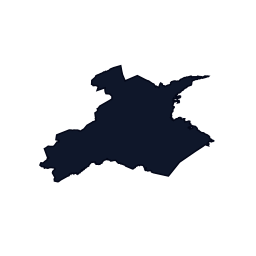 Ezernieku pag., Dagdas, Latvia, rotated 153°
{"feature_id": "27541924B52024011130433", "entity_name": "Ezernieku pag.", "entity_type": "district", "adm_level": 2, "iso_a3": "LVA", "parent_name": "Latvia", "parent_adm1": "Dagdas", "projection": "equal_earth", "projection_center": [27.647, 56.178], "detail": "fine", "context": "isolated", "style": "filled", "palette": "ink", "viewbox_px": 256, "rotation_deg": 153, "n_neighbors": 0, "source": "geoboundaries", "source_scale": "gbopen_adm2", "svg_char_len": 5814}
<svg xmlns="http://www.w3.org/2000/svg" viewBox="0 0 256 256"><g transform="rotate(153 128 128)"><path d="M215.1,112.1L214.2,111.8L211.7,112.3L203.5,112.6L202.5,112.3L201.6,112.7L201.7,112.9L201.1,113.4L200.5,113.5L200.2,113.3L199.7,113.3L199.6,112.9L199.1,113.3L198.6,113.2L197.7,112.4L197.2,112.4L197.1,111.9L196.8,112.2L196.1,111.7L194.4,111.3L194.3,110.5L194.4,110.3L193.7,110.1L193.7,109.7L193.1,109.9L192.8,109.8L191.8,110.3L191.0,110.0L190.4,110.5L188.8,110.7L188.9,110.8L188.4,110.9L188.7,111.2L188.0,111.3L188.0,111.6L187.3,111.5L187.4,111.2L187.0,111.4L186.4,111.0L186.1,111.1L186.0,111.4L185.8,111.3L185.7,111.6L185.4,111.5L185.2,111.6L185.3,111.7L185.0,111.8L184.6,111.7L184.4,112.1L183.7,111.6L182.5,112.1L180.3,112.0L179.4,113.0L176.1,114.1L175.5,113.9L175.1,113.5L172.8,112.9L172.8,112.5L173.2,112.1L173.2,111.6L172.7,111.4L172.9,110.5L172.6,110.4L172.7,110.1L171.1,109.3L170.9,109.0L170.2,108.8L169.5,108.4L168.9,108.8L167.0,108.7L166.8,109.2L165.9,109.5L165.3,110.0L164.7,109.9L163.8,110.2L161.5,109.7L161.2,110.1L160.7,109.9L160.4,110.1L160.2,109.9L160.2,109.2L160.5,109.1L160.4,108.8L159.3,108.3L159.2,108.0L158.7,107.7L158.5,106.7L158.2,106.8L157.4,106.0L157.1,106.2L156.6,106.0L153.9,105.0L153.4,104.3L153.3,103.1L152.9,102.4L152.7,101.4L152.3,100.8L150.5,100.0L150.7,99.5L150.1,99.3L149.9,98.7L149.2,98.4L149.2,98.1L147.4,96.1L147.4,95.3L142.5,89.5L141.8,89.3L140.8,89.6L139.5,89.6L139.3,90.0L137.9,90.3L137.0,90.1L136.1,90.4L135.2,90.3L135.0,89.4L134.4,89.3L133.6,89.5L132.9,89.2L132.8,88.8L131.6,87.9L131.4,87.1L131.5,84.7L130.0,84.3L130.3,83.8L130.7,83.8L131.0,83.4L131.8,83.2L131.6,82.8L131.8,82.5L131.5,82.1L130.8,82.0L129.9,80.8L127.7,80.1L127.1,79.7L126.8,79.2L127.0,78.2L125.7,76.7L113.8,66.9L97.6,74.2L78.8,76.7L69.3,77.7L66.9,78.2L64.4,75.8L64.4,76.6L64.1,76.8L63.5,76.6L63.1,77.4L63.3,77.7L63.8,77.7L63.9,78.1L64.2,78.5L63.1,78.7L62.3,79.3L61.8,78.9L60.3,79.0L60.1,78.7L60.3,78.1L60.2,77.9L59.0,77.9L58.5,77.5L57.5,77.6L57.8,78.3L58.8,79.3L58.9,80.1L59.6,80.7L59.9,82.0L59.4,82.9L59.6,83.3L59.6,84.2L60.0,84.7L60.3,85.6L62.1,87.7L62.8,89.3L64.7,90.6L65.8,92.7L66.1,93.8L67.0,94.5L67.0,95.3L66.5,96.3L67.2,98.7L69.8,100.8L69.9,100.1L70.3,99.6L70.2,98.7L71.3,98.5L72.3,98.9L73.2,98.7L73.2,99.1L72.4,99.8L73.7,100.3L74.2,100.8L74.0,101.1L72.9,101.2L72.5,100.8L71.3,100.5L70.5,100.7L70.0,101.1L70.1,101.5L70.8,102.2L70.4,103.2L71.1,103.7L70.8,103.9L70.8,104.6L70.1,105.4L69.9,105.9L70.6,106.5L73.1,107.0L74.5,107.6L74.2,108.7L74.4,109.0L74.4,109.3L73.3,110.5L74.3,111.0L76.6,111.5L76.8,112.0L76.5,112.2L76.6,112.5L76.2,112.7L76.5,112.9L76.4,113.4L77.2,113.9L78.4,114.2L79.2,113.7L80.1,113.9L80.5,114.2L81.9,114.2L82.9,113.9L84.1,114.0L84.2,114.7L84.8,115.0L84.8,115.3L83.4,115.3L84.5,115.8L84.4,116.2L84.8,116.4L84.4,116.7L84.8,117.2L84.5,117.3L84.5,117.5L84.9,117.5L85.0,117.6L84.8,117.7L85.2,118.1L83.6,119.0L83.9,119.7L83.5,120.0L83.7,120.3L82.8,121.0L82.8,121.3L82.1,122.0L80.6,122.4L79.2,124.7L77.6,125.3L77.3,125.8L77.4,126.2L77.9,126.7L78.6,126.9L77.9,126.9L77.9,127.2L78.2,127.6L78.9,127.6L78.2,127.8L77.7,128.5L76.7,128.8L76.0,129.9L75.1,130.2L74.9,130.6L74.6,130.7L74.6,130.3L73.9,129.9L73.2,129.9L71.7,129.5L71.1,128.4L71.6,128.5L72.3,127.9L71.3,127.8L71.1,127.5L70.8,127.6L70.8,128.0L70.1,128.6L70.1,129.2L70.4,129.2L71.1,129.8L72.0,130.1L73.3,130.4L73.9,131.5L74.9,131.4L75.4,131.8L74.6,133.4L74.0,133.7L74.1,133.2L73.0,133.2L72.2,132.6L71.4,132.7L71.0,132.0L71.3,131.4L71.1,131.2L70.5,131.3L69.7,131.8L68.2,131.4L67.1,131.8L66.8,132.6L67.8,133.4L69.4,133.5L69.9,133.7L70.1,134.1L70.7,133.9L70.8,134.3L71.5,134.5L71.3,135.0L70.4,135.6L69.2,135.4L68.7,135.6L68.5,136.1L67.4,136.4L66.3,136.0L64.7,136.2L63.3,137.0L62.0,136.7L60.9,137.4L59.8,137.4L58.8,137.7L57.9,137.5L55.6,138.1L52.2,137.6L51.4,138.3L50.6,139.7L49.2,140.9L47.0,140.6L46.0,140.7L44.1,139.9L43.2,140.2L42.7,139.8L41.5,139.3L40.6,139.4L39.7,139.2L39.3,138.7L35.7,137.9L33.7,137.7L33.0,137.3L32.7,137.4L33.3,137.7L33.1,137.9L33.2,138.0L34.8,138.7L35.8,139.4L38.4,139.3L39.0,140.2L40.2,140.6L40.4,141.1L41.3,141.5L42.3,142.5L43.0,142.4L43.0,142.1L47.0,144.2L48.1,144.0L48.0,145.2L48.3,145.6L51.6,146.2L52.7,146.8L53.8,146.7L54.9,147.3L57.6,147.2L59.0,147.4L61.6,146.6L62.8,147.4L63.9,147.6L64.5,148.4L65.5,148.9L68.2,149.4L69.3,149.0L69.3,148.8L69.7,148.6L70.2,147.6L70.6,147.4L73.3,148.1L76.4,148.1L76.5,148.2L76.4,148.9L77.7,150.0L78.0,150.8L77.5,151.6L78.4,152.7L78.4,153.2L79.1,153.0L82.3,150.1L84.0,152.6L84.9,152.2L85.1,155.4L86.3,156.8L88.3,160.6L89.0,161.1L90.4,162.8L95.9,170.4L109.2,171.3L108.7,178.0L107.7,181.9L106.2,186.8L113.4,188.2L117.0,188.5L118.6,187.9L119.6,188.1L121.4,188.0L122.4,188.7L123.3,188.4L124.2,188.9L126.0,188.6L127.3,188.8L130.9,188.9L131.1,189.1L133.0,189.0L134.1,188.0L138.6,186.9L140.6,183.4L139.9,182.7L139.8,181.6L137.2,180.5L135.8,178.6L136.5,177.4L138.5,175.5L130.2,174.3L131.2,172.5L131.9,170.5L132.0,168.6L128.9,166.7L127.8,163.6L129.1,161.2L131.1,160.9L143.3,160.3L145.5,159.1L146.7,159.1L146.7,157.9L147.9,156.7L150.6,156.4L151.9,152.8L151.9,152.0L152.7,151.4L152.9,150.9L152.9,149.8L153.1,149.4L154.7,149.1L156.7,149.5L157.3,149.3L163.3,149.0L167.7,147.1L172.1,146.8L172.8,147.5L172.7,147.9L173.6,148.6L173.7,148.9L177.4,150.8L178.8,151.2L179.5,151.9L181.3,152.9L194.7,154.2L197.5,150.3L195.3,148.4L195.9,147.2L197.6,147.7L201.2,145.9L202.8,145.4L205.6,146.8L207.4,148.0L210.5,147.5L211.9,147.5L213.0,138.4L212.1,138.1L212.1,137.5L212.4,137.1L214.0,137.2L214.7,136.3L217.6,135.9L218.9,135.4L220.5,135.7L221.1,136.4L221.5,136.5L223.3,134.9L222.5,132.9L220.3,131.5L220.2,131.2L220.6,131.0L220.7,130.2L219.0,129.9L218.5,129.1L218.0,128.9L217.7,128.5L216.2,128.4L214.6,127.8L212.2,126.2L211.5,125.3L211.7,124.5L214.7,123.5L215.4,122.4L215.7,122.3L215.5,116.8L217.0,116.0L217.1,115.3L217.6,114.2L215.1,112.1Z" fill="#0f172a" stroke="#020617" stroke-width="1.5"/></g></svg>